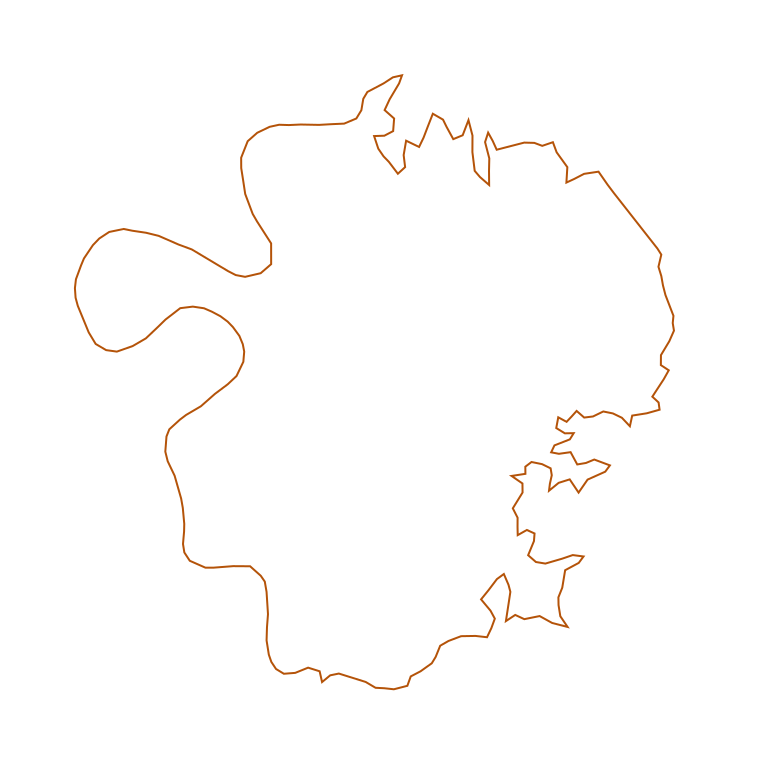 Nova Prata do Iguaçu, Paraná, Brazil (orthographic projection), rotated 263°
{"feature_id": "56859067B9009825137056", "entity_name": "Nova Prata do Iguaçu", "entity_type": "district", "adm_level": 2, "iso_a3": "BRA", "parent_name": "Brazil", "parent_adm1": "Paraná", "projection": "orthographic", "projection_center": [-53.379, -25.587], "detail": "fine", "context": "isolated", "style": "outline", "palette": "amber", "viewbox_px": 768, "rotation_deg": 263, "n_neighbors": 0, "source": "geoboundaries", "source_scale": "gbopen_adm2", "svg_char_len": 3200}
<svg xmlns="http://www.w3.org/2000/svg" viewBox="0 0 768 768"><g transform="rotate(263 384 384)"><path d="M675.9,403.1L669.6,398.2L658.5,394.9L650.9,388.9L647.3,376.2L648.3,363.3L649.1,351.1L651.7,332.9L652.6,321.1L654.1,311.5L653.2,301.8L648.8,288.8L641.6,278.3L626.0,269.8L615.7,268.6L603.6,269.0L589.5,269.4L568.8,274.4L560.8,277.8L537.3,289.1L516.7,286.6L509.0,275.1L507.3,259.2L510.2,250.1L515.1,242.9L541.0,209.6L547.5,197.0L558.5,178.4L563.1,166.3L566.8,152.9L569.6,144.5L568.4,129.8L563.1,119.1L557.3,112.0L545.2,101.5L538.7,97.8L525.5,91.0L516.8,88.9L507.2,88.4L498.9,89.6L471.2,97.2L458.9,102.7L451.5,112.3L448.7,122.8L452.3,139.2L458.3,153.2L467.6,165.8L474.6,175.0L484.1,191.0L484.1,203.7L481.1,214.6L476.8,221.9L471.2,229.9L465.0,236.4L458.9,241.0L449.4,246.3L440.7,248.7L433.2,249.2L423.2,247.1L409.9,238.6L402.8,228.9L394.8,215.0L384.2,199.5L377.4,183.8L373.5,177.1L365.2,165.4L358.4,161.7L343.5,158.7L333.7,159.9L318.5,165.0L295.0,168.7L285.5,169.2L269.5,168.7L262.0,167.6L249.7,165.0L241.1,165.3L232.2,169.7L223.5,184.3L222.5,192.0L221.6,212.0L219.4,228.9L208.7,238.3L202.4,241.6L192.0,242.1L169.7,240.8L156.8,238.2L143.8,236.2L129.4,236.7L121.9,238.3L114.3,242.1L108.6,249.3L108.1,260.7L111.7,274.1L106.7,285.1L95.7,286.2L101.4,295.1L102.1,303.9L90.5,329.5L83.5,338.6L82.0,347.2L79.8,356.6L81.6,370.4L90.5,374.9L94.4,385.3L101.0,397.4L106.8,402.0L117.4,407.9L121.1,416.7L124.3,429.8L122.8,444.1L120.1,455.4L128.6,460.8L137.6,465.4L146.0,462.1L158.4,454.1L166.4,462.4L176.6,472.3L180.8,479.8L169.5,483.1L162.3,484.1L151.2,481.0L133.8,476.1L138.8,486.1L133.5,494.6L134.7,510.2L126.3,521.8L120.5,536.6L132.0,530.7L143.3,530.3L151.0,531.1L160.1,536.1L177.1,541.1L182.7,555.5L188.5,561.0L191.2,550.5L188.9,539.5L186.1,522.3L188.8,513.1L196.5,506.2L209.8,513.7L217.3,515.2L221.7,508.0L217.7,498.3L225.7,499.1L235.0,500.3L244.9,496.7L259.4,508.3L268.4,509.3L277.2,499.4L277.6,513.4L284.7,514.2L288.6,520.9L285.2,531.1L280.0,539.1L273.0,539.4L264.8,536.5L258.0,534.8L264.6,545.3L266.7,556.7L252.5,563.9L264.3,574.4L270.0,592.9L275.7,598.3L283.4,583.5L281.0,574.8L280.6,566.0L293.6,560.9L293.4,549.1L295.8,541.6L302.3,545.7L306.4,561.7L312.1,566.3L313.0,557.5L319.3,549.6L329.7,552.9L324.2,560.6L328.9,566.3L333.8,571.9L326.3,578.6L326.3,587.5L330.0,598.3L326.9,607.6L321.5,616.0L312.1,622.9L322.4,626.5L322.9,641.2L324.9,654.4L332.2,654.3L338.7,648.8L344.3,653.5L354.6,662.2L362.9,668.3L369.0,661.1L378.9,662.4L391.7,672.4L401.6,678.3L409.3,678.0L416.4,679.6L438.0,674.2L447.9,672.9L457.3,672.4L466.9,670.7L478.6,675.0L485.1,671.9L545.4,635.5L554.4,630.3L568.6,622.8L568.2,608.2L564.3,597.7L561.7,589.6L576.9,592.4L592.9,583.6L603.4,581.1L601.1,570.1L605.0,562.6L606.5,552.6L602.8,524.4L612.1,521.5L620.8,518.0L611.8,513.8L595.1,516.0L582.7,514.2L568.7,512.6L577.7,504.5L584.5,500.0L603.4,500.0L619.8,502.1L635.6,500.0L621.3,492.4L618.6,482.6L631.7,477.4L639.2,474.8L646.3,465.4L633.9,458.7L623.7,453.3L615.0,447.7L622.8,435.6L608.8,431.4L596.7,431.4L591.0,423.4L603.9,415.9L610.0,411.3L618.3,407.0L631.3,404.4L630.4,414.6L633.9,423.9L646.3,426.4L655.8,418.0L665.9,424.3L680.5,435.6L688.2,439.5L687.3,430.2L682.4,420.2L675.9,403.1Z" fill="none" stroke="#b45309" stroke-width="2"/></g></svg>